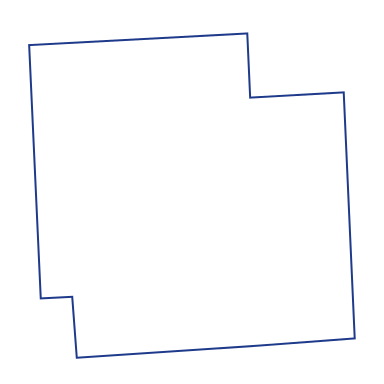 outline of Macon, Missouri, United States of America, rotated 176°
{"feature_id": "52423323B33706621992499", "entity_name": "Macon", "entity_type": "district", "adm_level": 2, "iso_a3": "USA", "parent_name": "United States of America", "parent_adm1": "Missouri", "projection": "equal_earth", "projection_center": [-92.511, 39.822], "detail": "fine", "context": "isolated", "style": "outline", "palette": "blue", "viewbox_px": 384, "rotation_deg": 176, "n_neighbors": 0, "source": "geoboundaries", "source_scale": "gbopen_adm2", "svg_char_len": 290}
<svg xmlns="http://www.w3.org/2000/svg" viewBox="0 0 384 384"><g transform="rotate(176 192 192)"><path d="M350.3,96.4L318.8,95.8L318.5,34.7L136.3,34.1L39.9,34.6L33.7,280.8L127.4,282.1L125.8,346.3L343.4,349.9L344.2,349.9L350.3,96.4Z" fill="none" stroke="#1e3a8a" stroke-width="2"/></g></svg>